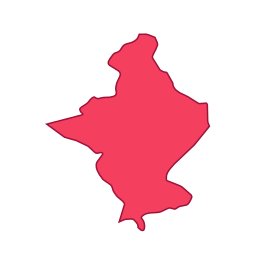 outline of Sidi Bou Zid, rotated 15°
{"feature_id": "TUN-113", "entity_name": "Sidi Bou Zid", "entity_type": "Governorate", "adm_level": 1, "iso_a3": "TUN", "parent_name": "Tunisia", "parent_adm1": "", "projection": "robinson", "projection_center": [9.5, 34.865], "detail": "fine", "context": "isolated", "style": "filled", "palette": "rose", "viewbox_px": 256, "rotation_deg": 15, "n_neighbors": 0, "source": "natural_earth", "source_scale": "10m", "svg_char_len": 2901}
<svg xmlns="http://www.w3.org/2000/svg" viewBox="0 0 256 256"><g transform="rotate(15 128 128)"><path d="M123.6,32.7L130.6,33.5L134.1,37.9L135.0,39.8L135.0,40.3L135.0,40.8L134.4,45.6L133.9,47.4L133.1,52.0L133.1,52.5L133.2,52.9L133.3,53.4L133.7,54.0L134.3,54.7L143.8,63.5L144.6,63.9L146.9,64.4L148.2,64.5L149.4,64.5L150.0,64.3L150.8,64.4L151.5,64.7L159.3,72.7L159.7,73.3L160.7,75.5L161.1,76.0L161.5,76.5L162.7,77.7L163.7,78.4L164.9,79.1L168.5,80.5L177.8,82.3L189.1,85.8L189.7,85.9L190.3,86.0L190.9,85.9L197.2,83.7L197.9,84.1L198.7,85.3L203.2,100.7L203.8,102.0L206.2,105.3L196.4,127.2L181.9,150.9L179.0,156.9L178.2,159.2L177.8,160.5L177.5,162.6L177.5,164.2L178.2,167.2L178.4,167.8L178.7,168.3L179.0,168.6L179.4,168.8L193.2,170.4L195.9,171.2L206.2,176.3L206.7,176.8L207.3,177.6L207.5,178.2L207.5,178.8L207.1,181.5L206.4,184.1L206.0,185.1L205.7,185.8L205.3,186.4L204.8,186.9L204.3,187.3L198.2,190.4L197.1,191.3L195.2,193.5L194.6,194.0L194.0,194.2L193.4,194.3L190.6,194.3L189.4,194.4L188.8,194.5L187.8,195.0L187.0,195.6L182.2,199.7L181.1,200.6L178.5,201.9L171.0,204.4L167.4,206.3L165.8,207.8L164.6,209.2L164.2,210.1L164.0,210.8L164.3,211.4L164.7,211.8L166.8,213.7L167.7,214.8L168.4,216.0L169.3,218.1L169.5,218.9L169.7,219.9L169.8,221.5L169.6,222.4L169.1,223.0L168.6,223.2L168.1,223.3L167.6,223.3L167.1,223.2L166.0,222.8L163.5,221.6L163.1,220.3L162.5,219.1L162.1,218.5L161.6,218.0L160.4,217.0L157.9,215.4L156.7,214.9L155.7,214.9L154.4,215.1L149.3,216.8L147.6,217.9L143.8,221.0L144.4,203.1L144.3,202.5L144.1,201.9L143.2,201.1L141.8,200.1L135.8,197.2L134.9,196.7L131.6,194.1L130.6,193.1L129.8,192.2L128.0,189.3L126.9,188.1L125.9,187.4L117.9,184.5L116.9,184.0L115.8,183.1L112.4,180.3L109.7,177.4L108.3,175.5L107.8,174.6L107.1,172.6L106.8,171.4L106.7,170.6L106.8,170.0L106.8,169.4L107.1,168.3L110.1,160.6L110.2,160.0L110.2,159.4L109.9,158.9L109.3,158.6L108.1,158.8L107.2,159.1L105.4,160.1L104.3,160.4L103.8,160.5L103.0,160.4L102.0,160.0L94.2,155.9L81.2,153.5L69.0,153.3L48.5,145.3L79.6,127.6L80.7,126.6L80.5,126.1L80.1,125.7L78.3,124.7L77.8,124.2L77.3,123.7L76.9,123.1L76.7,122.5L76.5,121.9L76.9,121.0L77.7,119.8L81.8,115.2L82.6,114.0L83.6,111.8L83.8,111.2L84.8,109.4L86.0,107.7L86.8,107.1L87.5,106.8L89.6,107.4L90.7,107.5L91.1,107.5L91.4,107.4L96.3,104.9L102.7,102.9L106.0,101.1L106.9,100.2L107.5,99.5L107.6,99.0L107.7,98.5L107.8,98.0L107.7,97.5L107.7,97.2L107.5,96.7L106.5,94.4L105.9,92.8L105.7,91.3L105.5,88.6L105.6,86.8L106.7,80.4L106.8,78.8L106.6,78.1L106.4,77.5L106.1,76.9L105.7,76.3L105.1,75.9L103.8,75.2L94.3,72.3L93.8,72.1L92.8,71.4L92.4,70.9L92.2,70.6L92.1,70.1L92.0,69.6L91.9,69.0L92.0,68.5L92.1,67.9L92.7,65.6L94.6,60.8L95.4,59.7L96.0,58.9L97.3,58.2L99.2,56.5L99.9,55.7L100.3,55.0L101.7,50.8L102.2,49.8L102.7,49.0L103.8,47.9L105.1,47.0L109.5,44.4L111.2,42.9L112.6,41.3L113.3,40.3L113.8,39.4L114.3,37.2L114.6,34.6L121.3,32.7L123.6,32.7Z" fill="#f43f5e" stroke="#9f1239" stroke-width="1.5"/></g></svg>